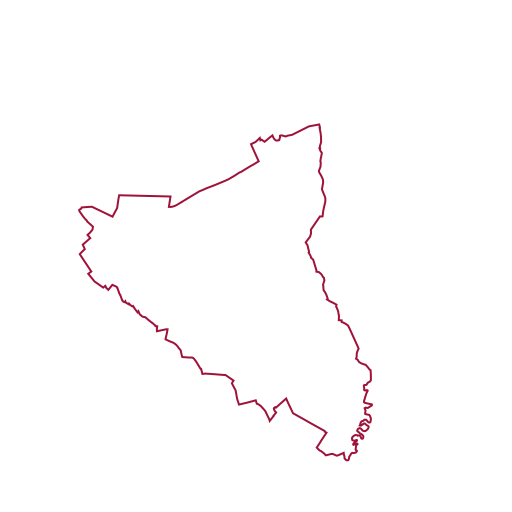 Lazuri, Satu Mare, Romania, rotated 117°
{"feature_id": "2599482B42166201983382", "entity_name": "Lazuri", "entity_type": "district", "adm_level": 2, "iso_a3": "ROU", "parent_name": "Romania", "parent_adm1": "Satu Mare", "projection": "robinson", "projection_center": [22.883, 47.894], "detail": "fine", "context": "isolated", "style": "outline", "palette": "rose", "viewbox_px": 512, "rotation_deg": 117, "n_neighbors": 0, "source": "geoboundaries", "source_scale": "gbopen_adm2", "svg_char_len": 5952}
<svg xmlns="http://www.w3.org/2000/svg" viewBox="0 0 512 512"><g transform="rotate(117 256 256)"><path d="M154.8,308.3L158.6,311.2L159.2,310.4L159.6,310.1L170.4,296.6L175.8,299.9L178.4,301.7L183.9,305.1L187.9,307.5L189.2,308.7L194.1,311.5L200.2,315.4L203.2,317.8L211.4,324.8L218.4,331.1L221.7,333.7L223.3,335.2L224.2,335.9L246.5,349.8L247.8,350.7L249.2,352.0L250.5,353.5L251.0,354.3L251.8,355.9L241.8,359.2L264.0,405.5L267.8,404.4L276.3,401.5L286.1,401.7L286.6,424.5L288.3,427.5L291.9,433.4L292.7,433.3L293.4,433.4L295.1,434.5L295.4,434.4L295.7,434.2L296.4,433.4L299.3,427.9L300.4,425.4L301.2,423.0L301.5,422.5L301.9,422.1L303.9,414.6L306.2,413.8L307.1,413.7L310.9,414.6L313.7,415.7L315.3,411.8L324.5,415.5L327.6,411.7L334.2,413.9L334.8,413.1L344.6,395.7L348.0,397.4L352.0,388.3L353.5,377.8L351.0,376.7L352.4,374.9L353.2,372.2L346.9,370.9L346.7,366.6L346.9,365.9L347.3,365.4L347.2,365.2L350.7,361.5L350.8,361.5L351.3,361.0L352.0,359.9L352.3,359.6L352.4,359.1L352.8,358.9L353.0,358.6L353.8,357.7L355.6,355.8L355.8,355.4L356.0,355.4L356.3,355.0L356.8,353.8L356.9,353.4L356.8,352.1L355.7,351.9L356.0,351.6L356.6,350.6L356.7,350.2L356.8,347.6L356.1,347.8L356.0,347.3L356.5,346.6L356.8,345.6L356.8,344.7L357.1,343.6L357.1,343.2L356.9,343.0L356.4,342.8L357.0,341.7L357.6,340.7L357.8,340.6L360.0,335.9L358.6,335.7L360.6,333.3L360.9,332.5L361.0,331.6L361.3,331.0L361.5,330.0L361.4,328.8L360.9,327.4L360.8,326.5L361.2,325.6L361.2,324.8L361.6,323.8L362.7,318.6L362.6,318.3L363.7,313.9L364.1,313.7L363.9,313.1L363.5,312.1L365.6,311.4L368.0,310.1L362.0,302.7L361.5,301.5L365.2,300.4L371.1,298.9L371.3,298.8L371.3,297.1L371.1,293.1L370.8,290.3L371.2,287.4L371.8,285.6L372.2,284.6L373.0,283.3L374.2,280.3L377.7,277.5L379.5,275.8L376.9,269.7L375.4,266.6L375.4,265.7L375.8,264.4L377.4,261.1L381.6,254.4L381.7,254.0L381.5,253.7L385.4,250.2L383.9,248.0L381.6,242.7L375.9,229.0L377.2,219.5L380.1,219.7L380.3,219.7L380.6,219.4L384.9,213.3L385.8,212.5L391.7,208.1L396.1,203.7L390.3,196.9L384.7,190.7L387.2,188.3L387.1,188.1L387.1,186.2L387.2,185.3L387.3,185.0L387.4,183.8L389.6,178.1L390.2,177.0L395.7,169.8L396.7,168.9L390.6,167.7L390.5,167.9L386.3,167.0L385.6,168.8L384.7,170.1L383.8,170.9L383.0,170.9L381.9,170.2L382.1,169.4L369.3,164.4L372.4,160.6L379.3,151.6L379.7,141.2L380.2,130.3L380.7,116.2L380.8,115.3L381.1,115.1L381.3,115.0L381.4,113.0L391.9,114.2L392.0,114.1L399.1,114.9L399.3,114.2L399.6,113.8L399.7,113.2L400.3,111.3L400.4,110.4L400.3,109.7L400.9,106.3L401.3,104.8L401.9,103.4L401.8,103.1L398.6,99.5L397.6,98.0L397.5,97.4L397.3,93.7L396.9,93.0L396.4,92.4L391.6,88.5L393.2,87.5L393.2,87.4L393.5,87.2L393.8,86.7L396.2,85.1L396.8,83.3L396.9,82.6L396.7,82.0L396.0,81.1L394.3,81.1L393.8,81.4L392.4,81.8L390.3,81.5L389.0,81.5L388.2,81.2L387.7,80.8L387.3,79.6L385.9,77.9L385.1,77.6L384.0,77.5L383.6,78.1L383.6,78.9L383.3,79.3L382.6,79.6L379.3,80.8L378.0,80.3L377.4,80.2L377.2,80.6L377.5,81.2L380.0,83.4L379.9,83.8L379.3,84.0L378.5,83.9L377.5,83.6L375.4,82.4L374.7,82.2L374.2,82.7L374.6,83.2L375.7,84.1L376.1,85.2L376.3,86.0L376.2,86.8L374.9,87.7L374.2,87.9L373.4,87.8L371.8,87.2L370.9,86.6L370.3,86.0L370.0,85.3L369.8,84.6L370.0,84.0L369.3,83.1L369.0,82.4L369.1,81.4L369.5,80.8L370.7,79.4L370.8,78.8L370.4,78.1L369.7,77.9L368.8,78.1L367.8,78.6L367.4,79.2L366.9,80.9L366.9,82.7L366.3,84.6L366.1,86.1L365.6,86.6L364.7,86.7L363.5,86.5L362.3,85.5L362.2,84.6L362.3,83.7L363.1,81.9L363.1,80.9L362.8,79.9L362.4,79.2L361.5,78.6L359.4,77.8L357.9,77.8L357.1,78.0L356.6,78.6L356.4,80.8L356.0,82.2L355.9,82.9L356.1,83.6L356.4,84.0L357.3,84.2L357.6,84.6L359.0,85.1L359.6,85.6L359.9,86.6L359.1,86.6L357.6,87.0L356.4,87.0L355.5,86.9L355.0,86.5L354.2,85.6L352.7,85.1L352.4,84.6L351.9,83.5L352.1,83.0L353.0,80.8L353.1,79.9L352.7,79.0L351.9,78.7L349.3,79.5L348.1,80.3L347.5,81.1L346.8,81.7L346.2,83.0L347.2,86.9L346.8,87.3L344.0,88.2L342.3,90.1L341.4,89.6L340.9,88.0L340.6,87.4L336.7,85.0L336.0,85.1L335.6,85.5L336.2,87.4L337.4,92.4L337.2,93.4L336.6,93.7L335.5,94.1L333.9,94.2L333.1,94.5L328.1,95.3L325.4,95.3L325.1,95.6L325.1,96.2L325.6,96.9L326.3,97.6L326.4,98.5L326.1,98.9L325.6,99.2L325.0,99.3L324.3,99.8L322.8,101.0L322.3,101.1L321.8,100.9L321.4,100.4L321.2,99.8L320.9,99.3L320.3,99.0L319.0,99.0L318.1,98.8L315.9,97.4L314.8,97.2L314.2,97.4L309.4,99.9L305.7,102.1L305.6,103.2L304.3,106.0L303.1,109.0L303.5,110.2L303.9,114.0L303.6,116.3L302.6,117.8L302.3,118.4L302.2,118.8L302.1,120.2L299.7,120.7L297.3,121.9L296.1,122.2L293.6,122.5L292.0,122.5L291.1,123.5L278.3,139.5L276.1,142.5L276.1,142.9L275.8,144.8L275.7,146.7L275.7,148.4L276.0,149.6L274.5,150.5L275.6,153.1L271.4,155.0L270.2,156.2L268.4,157.3L267.9,157.8L265.5,160.4L264.8,161.6L262.8,162.2L262.7,166.0L262.8,170.1L262.5,171.7L262.5,173.0L261.5,172.8L260.7,173.5L258.7,175.6L257.0,177.9L255.8,180.2L253.6,181.6L252.3,182.3L251.3,183.2L246.7,184.0L244.5,185.7L244.3,186.8L242.9,188.8L242.3,190.5L241.8,192.5L242.5,195.1L241.9,195.2L241.2,195.8L233.3,203.4L232.5,206.3L231.8,206.7L230.7,208.0L229.1,210.6L228.1,210.5L227.2,211.5L223.8,214.3L222.6,215.6L222.1,216.7L221.3,217.9L214.3,216.6L210.9,217.2L207.8,219.0L207.2,219.0L191.7,217.0L190.8,215.0L190.5,214.7L184.9,216.7L175.9,219.0L172.9,220.5L172.1,221.4L171.4,222.0L170.1,223.6L167.1,227.0L166.0,227.9L164.6,228.1L163.4,228.5L163.1,228.7L160.6,229.3L158.1,230.6L156.8,231.9L155.2,233.9L154.1,235.5L153.0,237.4L152.0,238.3L150.9,238.7L147.5,239.0L146.9,239.2L143.6,240.6L143.0,241.0L142.6,241.5L142.2,241.7L139.4,242.7L138.7,242.8L134.6,244.0L134.1,244.3L133.4,245.8L132.5,247.1L130.9,247.8L131.2,248.4L128.4,249.1L125.2,249.6L120.4,252.1L116.8,254.5L113.0,257.5L112.7,257.2L110.1,259.4L115.1,265.9L116.6,267.8L131.7,278.9L134.3,282.3L136.0,283.8L136.9,288.1L137.9,289.2L139.2,288.5L140.6,288.3L142.1,287.9L142.7,288.3L142.7,288.7L143.4,289.4L143.7,289.9L143.9,290.3L143.9,291.6L143.7,292.2L143.2,293.4L141.8,295.3L141.1,296.1L143.8,297.4L150.3,300.2L149.8,303.9L150.9,304.6L149.1,306.2L153.4,307.7L154.8,308.3Z" fill="none" stroke="#9f1239" stroke-width="2"/></g></svg>